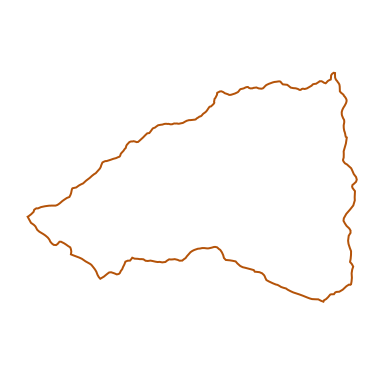 outline of Patakla, Chirang, Bhutan, rotated 178°
{"feature_id": "84629894B80971974621988", "entity_name": "Patakla", "entity_type": "district", "adm_level": 2, "iso_a3": "BTN", "parent_name": "Bhutan", "parent_adm1": "Chirang", "projection": "albers", "projection_center": [90.14, 27.135], "detail": "fine", "context": "isolated", "style": "outline", "palette": "amber", "viewbox_px": 384, "rotation_deg": 178, "n_neighbors": 0, "source": "geoboundaries", "source_scale": "gbopen_adm2", "svg_char_len": 5553}
<svg xmlns="http://www.w3.org/2000/svg" viewBox="0 0 384 384"><g transform="rotate(178 192 192)"><path d="M37.2,93.7L36.3,94.2L35.7,96.9L35.2,100.6L35.3,105.2L34.6,108.9L33.5,111.8L34.7,114.3L36.5,116.6L35.8,119.6L35.3,123.4L35.1,127.3L36.2,130.5L37.4,134.7L37.7,137.9L36.9,142.8L35.0,145.6L35.0,147.0L34.9,147.9L36.1,150.1L38.7,152.7L40.3,155.3L41.6,157.9L41.2,160.4L38.6,164.7L34.7,168.9L31.3,172.9L29.6,177.9L29.6,181.1L29.1,187.2L30.0,188.4L31.4,190.4L31.8,191.8L31.4,193.4L29.8,194.6L27.7,196.5L26.9,198.6L27.5,201.2L29.7,204.3L31.1,207.9L32.1,210.2L34.4,212.4L36.1,214.1L38.1,215.3L39.5,217.2L40.0,218.7L39.2,221.2L39.0,224.6L39.0,227.4L38.0,230.5L36.5,235.1L35.4,241.1L36.4,241.8L36.7,243.2L36.8,244.1L36.9,244.8L37.3,246.6L37.7,247.7L38.0,249.8L38.1,250.7L38.1,252.1L38.1,253.2L37.9,254.2L37.5,255.9L37.4,256.8L37.4,257.6L37.5,258.8L38.1,259.9L38.5,260.7L39.0,262.1L39.4,263.2L39.6,264.3L39.6,265.4L39.6,266.6L38.9,268.8L38.6,269.4L37.9,270.7L37.2,271.8L36.6,272.6L35.5,274.5L34.9,275.6L34.4,277.2L34.3,278.4L34.6,279.5L35.3,280.9L36.1,282.1L36.9,283.0L37.2,283.9L38.5,285.1L39.5,285.9L40.7,287.4L40.7,288.3L40.7,289.0L40.7,290.2L40.7,292.2L40.9,293.9L41.1,294.6L41.9,296.0L42.4,296.6L43.0,297.7L43.5,298.3L44.0,298.9L44.4,299.6L45.0,301.4L45.0,302.2L45.0,303.2L45.0,304.3L44.9,305.9L46.3,306.2L47.9,305.1L48.9,303.7L49.1,301.6L49.4,299.6L51.1,298.9L52.5,298.1L53.9,296.6L54.6,296.0L56.3,296.6L57.9,297.8L58.9,298.2L60.6,298.2L61.5,297.5L62.7,296.8L64.1,295.9L66.2,295.7L67.6,295.3L68.7,294.1L70.4,293.2L71.9,292.4L73.6,291.5L75.8,291.0L77.6,291.4L78.7,291.1L79.8,290.3L81.0,290.3L82.6,291.3L84.7,292.0L87.3,292.3L89.7,292.9L92.0,294.9L93.1,295.8L95.2,296.1L97.4,296.4L98.3,297.3L99.7,299.1L100.4,299.5L101.8,299.5L104.2,299.2L105.8,299.1L107.5,298.7L111.5,297.4L114.0,296.3L115.3,295.2L116.8,293.7L117.6,293.1L119.0,292.8L121.7,293.2L124.0,294.2L127.0,293.9L128.0,293.5L129.9,293.5L131.2,293.9L132.5,295.0L133.8,294.9L134.9,294.6L136.6,293.8L138.3,293.4L139.6,293.2L140.5,292.7L141.8,291.1L142.7,290.2L145.7,288.9L149.6,287.8L150.8,287.7L151.6,287.8L152.6,288.4L153.9,288.9L155.8,289.6L157.2,290.7L159.1,291.6L160.7,291.5L161.9,290.9L163.3,290.3L163.5,289.6L163.6,288.4L164.3,287.1L164.8,286.2L165.4,285.1L166.2,284.3L166.5,282.8L166.8,281.4L166.6,280.4L167.4,279.2L168.5,278.2L170.0,276.9L171.4,276.6L172.0,276.0L173.0,274.6L174.0,273.2L175.0,272.0L176.5,270.8L177.8,270.0L178.7,269.2L179.6,268.1L180.6,267.4L181.9,267.1L183.4,266.1L184.7,265.4L185.8,264.4L186.9,264.2L189.6,264.0L191.3,263.9L192.7,263.9L193.7,263.6L194.7,263.4L196.4,262.6L198.4,261.5L199.0,261.3L200.3,261.1L201.4,260.9L202.5,260.7L203.6,260.7L204.5,261.0L206.0,261.0L207.5,261.1L209.6,260.4L211.1,260.4L213.0,260.9L214.3,260.9L215.6,261.1L217.2,261.0L219.3,260.4L220.7,260.3L223.5,259.9L225.5,258.6L226.7,257.7L228.8,257.0L229.4,256.4L231.0,254.3L232.6,252.4L234.7,252.2L236.5,250.6L239.0,248.2L240.9,246.6L243.0,244.8L244.2,243.9L245.7,243.8L246.8,244.3L248.6,244.8L249.7,244.6L251.3,244.6L252.8,244.1L255.4,241.5L256.1,240.3L256.7,238.3L257.8,237.3L259.0,235.6L259.9,234.7L261.1,233.5L261.8,232.7L262.6,230.6L263.3,229.8L264.6,229.4L266.8,228.5L269.5,227.9L272.0,227.1L276.2,225.9L277.6,225.9L279.4,225.2L280.5,224.6L281.9,221.6L282.2,220.5L283.2,218.7L285.3,216.5L287.6,214.1L289.1,213.3L291.3,211.7L292.6,210.6L293.8,209.6L297.5,207.0L300.5,204.4L302.9,203.4L304.7,202.5L306.2,201.5L307.5,200.6L308.6,200.4L311.3,199.9L311.8,199.2L312.1,198.3L312.5,196.6L312.9,195.0L313.5,193.5L314.7,191.3L317.3,190.4L320.2,188.6L322.0,187.4L323.2,186.4L324.7,185.2L326.9,183.8L328.7,183.2L331.9,183.3L335.4,183.3L339.4,182.9L343.4,182.2L346.5,181.0L348.2,181.1L350.3,179.8L351.0,177.7L352.4,176.4L353.5,175.4L354.6,174.6L355.6,173.9L356.1,173.5L357.1,173.0L354.0,166.8L351.2,164.7L349.7,163.1L348.0,159.6L346.0,157.7L343.7,156.2L342.0,155.1L340.0,153.6L337.7,151.5L336.2,149.4L335.4,147.4L333.9,145.5L332.1,144.0L329.7,143.7L328.2,144.7L326.2,146.9L324.7,146.9L321.6,145.2L319.6,143.8L317.8,142.4L315.6,140.9L315.0,139.0L314.7,136.7L315.2,133.9L313.2,133.0L310.6,131.9L307.0,130.4L304.4,129.1L300.8,126.4L296.5,123.8L295.1,122.7L293.0,119.9L291.6,117.9L290.4,115.7L289.3,112.5L288.1,110.2L286.7,108.5L283.0,110.5L281.2,111.9L279.2,113.4L277.6,114.5L275.6,114.6L272.4,113.4L270.1,112.3L268.7,112.5L267.8,112.8L266.9,113.6L266.0,115.4L264.4,117.4L263.6,119.3L262.1,122.0L261.0,124.7L258.7,125.6L256.3,125.6L255.0,127.1L254.0,128.4L251.7,127.4L248.4,127.1L246.4,126.7L244.7,126.7L242.8,126.4L240.8,124.9L238.5,124.6L235.9,124.9L233.8,124.4L230.8,123.6L228.8,123.2L226.8,123.3L224.2,122.7L221.0,123.0L219.6,124.1L217.2,125.5L215.8,125.3L213.9,125.3L211.6,125.5L208.7,124.7L206.9,123.8L204.1,123.8L202.6,125.0L200.7,126.2L199.4,127.9L195.6,131.9L193.7,133.1L191.7,134.0L188.1,135.1L186.1,135.2L183.9,135.6L181.4,135.5L178.8,135.1L177.3,135.1L174.2,135.7L171.9,136.3L170.5,136.3L168.8,135.8L167.0,134.0L165.8,133.2L164.2,130.6L163.0,127.7L162.4,125.0L160.6,122.9L156.6,122.4L154.1,121.9L150.8,121.1L149.2,119.1L146.4,116.4L144.0,115.1L141.1,114.3L137.8,113.3L135.5,112.6L133.0,111.8L132.1,110.2L129.9,109.9L127.3,109.5L126.1,108.9L124.9,108.4L123.0,106.5L122.3,105.3L121.7,103.6L120.7,101.4L118.4,100.0L114.3,97.9L111.4,96.6L109.8,96.2L108.1,95.2L106.3,94.0L104.0,93.1L101.4,92.3L99.9,91.1L97.1,89.5L94.3,88.1L88.3,85.9L84.9,84.5L80.4,82.5L78.0,81.5L75.8,80.8L72.6,80.5L69.5,80.3L66.9,78.8L64.5,77.8L63.8,79.2L61.7,80.3L59.7,82.1L57.5,84.6L56.6,84.9L53.7,84.9L52.5,86.5L51.2,87.1L48.3,87.2L44.8,89.1L40.9,92.5L38.3,94.0L37.2,93.7Z" fill="none" stroke="#b45309" stroke-width="2"/></g></svg>